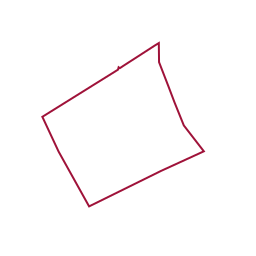 Westall Group/The Mangue, Vieux Fort, Saint Lucia (orthographic projection), rotated 219°
{"feature_id": "8701671B97284253822936", "entity_name": "Westall Group/The Mangue", "entity_type": "district", "adm_level": 2, "iso_a3": "LCA", "parent_name": "Saint Lucia", "parent_adm1": "Vieux Fort", "projection": "orthographic", "projection_center": [-60.953, 13.727], "detail": "fine", "context": "isolated", "style": "outline", "palette": "rose", "viewbox_px": 256, "rotation_deg": 219, "n_neighbors": 0, "source": "geoboundaries", "source_scale": "gbopen_adm2", "svg_char_len": 375}
<svg xmlns="http://www.w3.org/2000/svg" viewBox="0 0 256 256"><g transform="rotate(219 128 128)"><path d="M173.5,169.3L172.5,167.0L201.6,82.8L182.5,73.5L167.1,66.0L108.9,42.6L75.3,115.5L54.4,157.6L86.2,165.1L108.0,177.2L122.6,185.7L145.3,198.7L157.5,213.4L159.1,208.9L170.9,172.9L171.4,171.2L172.0,169.4L173.5,169.3Z" fill="none" stroke="#9f1239" stroke-width="2"/></g></svg>